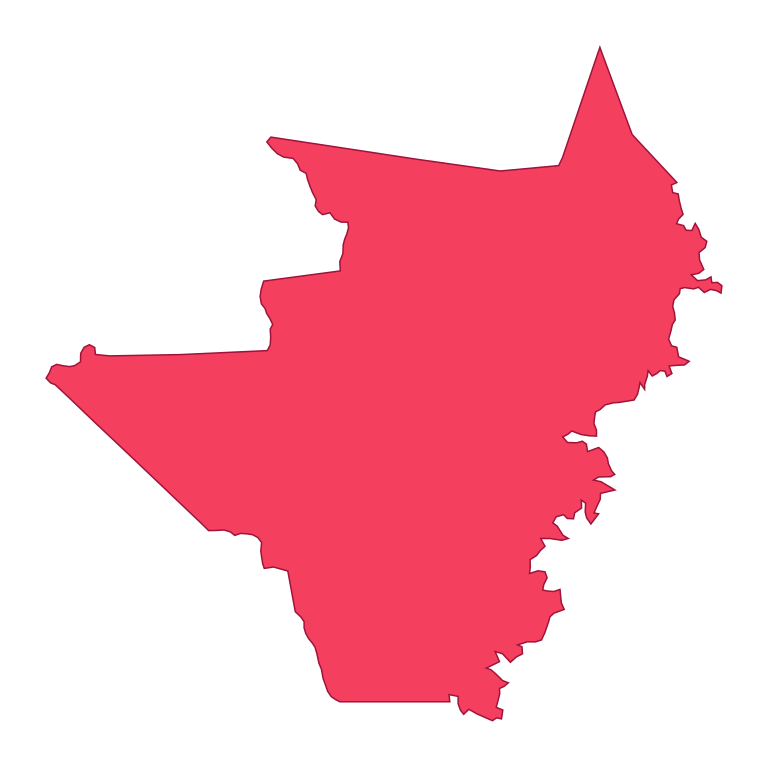 Caridade, Ceará, Brazil (orthographic projection)
{"feature_id": "56859067B82904278337495", "entity_name": "Caridade", "entity_type": "district", "adm_level": 2, "iso_a3": "BRA", "parent_name": "Brazil", "parent_adm1": "Ceará", "projection": "orthographic", "projection_center": [-39.078, -4.195], "detail": "fine", "context": "isolated", "style": "filled", "palette": "rose", "viewbox_px": 768, "rotation_deg": 0, "n_neighbors": 0, "source": "geoboundaries", "source_scale": "gbopen_adm2", "svg_char_len": 3472}
<svg xmlns="http://www.w3.org/2000/svg" viewBox="0 0 768 768"><path d="M266.8,141.9L271.8,148.2L277.4,153.7L283.6,157.1L293.1,158.4L297.6,163.8L300.2,170.2L306.2,173.4L307.5,179.3L309.8,185.8L312.4,192.3L316.2,199.6L315.2,206.0L318.6,211.5L322.5,214.6L330.0,212.8L334.6,219.1L341.1,222.1L347.8,222.2L348.5,227.9L346.7,234.4L344.7,239.1L343.2,244.8L342.9,253.6L339.8,261.6L340.3,270.9L263.7,281.1L261.1,289.5L260.1,296.6L261.4,303.9L265.0,308.4L266.7,313.5L269.7,318.2L272.7,324.5L270.2,329.1L270.7,337.4L270.2,344.9L267.3,350.6L180.1,354.6L109.7,355.9L95.5,354.5L94.7,347.5L89.4,344.7L84.1,347.3L80.7,353.3L80.5,361.8L74.7,365.6L69.6,366.6L63.3,365.8L56.7,364.4L51.7,366.8L49.4,372.7L46.1,378.2L50.6,382.9L55.2,384.7L70.1,398.7L94.7,422.3L120.5,446.6L143.6,468.5L202.6,524.6L208.6,530.6L215.1,530.5L224.1,530.0L230.4,531.9L234.7,535.4L240.8,533.4L247.2,533.9L252.6,534.7L257.8,537.5L261.6,542.5L260.8,551.0L261.7,557.7L262.7,563.7L264.3,568.4L273.6,567.0L280.5,569.0L287.8,571.0L295.3,611.7L300.8,616.9L304.1,621.7L304.1,627.8L305.7,633.3L308.5,638.4L312.4,643.2L315.0,647.2L316.8,653.3L318.9,663.1L321.4,669.1L323.1,678.5L324.9,683.3L327.7,691.4L331.2,696.6L335.5,699.5L339.9,701.8L420.3,701.8L449.8,701.8L449.0,694.6L458.1,696.4L458.1,703.6L460.4,710.1L463.7,714.3L468.8,709.3L477.2,714.0L486.6,718.1L492.5,720.7L496.6,717.8L501.5,718.9L502.8,710.0L496.2,707.3L498.4,699.2L499.7,693.7L499.5,688.5L504.2,686.3L508.3,682.8L502.5,680.5L495.4,673.5L490.7,669.6L486.3,668.1L499.5,661.6L495.1,651.5L502.6,653.8L510.4,662.3L516.4,656.9L522.5,653.8L522.0,646.8L517.6,644.9L527.4,641.8L535.4,641.9L541.4,640.0L544.8,632.8L548.6,621.8L549.9,616.9L553.9,613.2L564.2,609.4L561.3,602.8L560.0,589.4L553.9,591.5L547.3,591.0L542.7,590.0L543.8,584.5L547.1,577.8L545.0,571.8L538.0,570.8L529.5,573.5L530.3,567.0L530.1,559.6L536.5,555.6L540.5,550.4L545.0,546.3L540.7,538.5L549.9,538.5L561.8,540.3L568.3,538.5L562.9,535.2L559.8,530.2L557.2,526.1L552.8,522.9L556.2,516.8L563.7,514.7L567.3,518.5L573.5,518.8L574.7,512.8L581.6,508.0L581.3,500.1L585.6,503.2L585.2,512.1L586.6,517.8L590.9,524.0L595.2,518.3L598.6,513.8L594.0,513.0L597.1,505.9L600.2,499.4L600.5,493.4L614.9,490.0L601.0,481.7L593.4,480.1L598.6,477.0L610.5,476.7L614.7,474.4L611.6,470.9L608.4,463.8L607.4,458.0L604.0,452.1L598.7,447.5L587.5,451.6L586.4,444.1L582.3,441.2L576.6,442.8L567.6,442.5L562.7,437.0L567.8,434.3L571.7,431.0L581.0,434.5L589.4,435.8L596.5,436.1L596.5,430.1L593.9,423.5L594.7,416.8L595.5,411.9L600.2,409.5L605.1,404.9L613.4,402.8L618.6,402.5L634.1,400.0L637.5,394.2L639.0,388.1L640.0,382.6L644.6,389.3L644.7,384.4L647.3,376.3L648.1,370.6L652.2,376.0L656.5,373.7L660.2,370.6L664.9,371.2L667.0,376.5L671.9,373.5L669.1,366.0L674.8,365.5L684.6,364.9L689.2,361.3L678.6,356.8L676.8,347.3L671.6,345.8L668.6,339.2L670.9,331.1L672.4,324.4L675.2,320.0L674.5,313.2L672.7,306.2L674.0,299.8L679.4,293.8L680.2,288.6L684.8,287.6L693.7,288.9L698.5,287.3L704.3,292.5L710.5,289.4L716.7,290.7L721.0,293.1L721.9,285.7L717.5,282.4L711.8,282.7L711.0,276.9L705.6,279.9L697.5,280.6L691.3,274.8L698.8,273.3L703.8,269.4L699.6,260.0L699.0,252.6L705.1,247.6L706.8,241.3L701.2,237.2L698.8,229.4L695.2,223.4L691.8,230.5L686.1,230.2L683.6,225.6L676.5,223.7L678.7,218.9L683.1,214.4L681.0,207.9L679.2,200.1L678.2,193.9L672.7,192.6L671.4,185.0L676.9,182.5L636.0,138.7L632.1,134.4L602.5,54.5L599.9,47.3L597.4,54.5L562.5,157.6L558.7,165.6L500.2,171.0L415.7,159.1L270.9,137.1L266.8,141.9Z" fill="#f43f5e" stroke="#9f1239" stroke-width="1.5"/></svg>